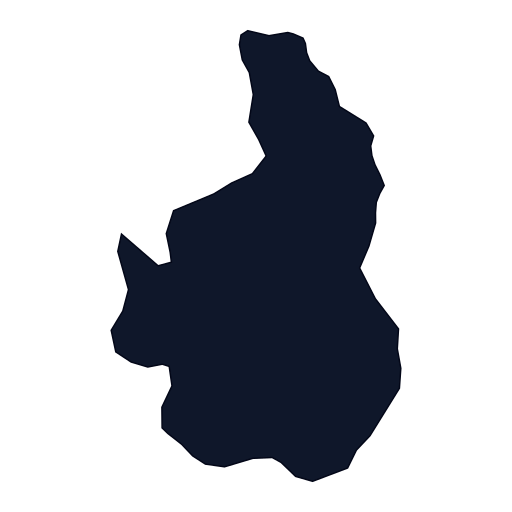 an SVG outline of Nevsehir
{"feature_id": "TUR-2288", "entity_name": "Nevsehir", "entity_type": "Province", "adm_level": 1, "iso_a3": "TUR", "parent_name": "Turkey", "parent_adm1": "", "projection": "orthographic", "projection_center": [34.679, 38.876], "detail": "fine", "context": "isolated", "style": "filled", "palette": "ink", "viewbox_px": 512, "rotation_deg": 0, "n_neighbors": 0, "source": "natural_earth", "source_scale": "10m", "svg_char_len": 992}
<svg xmlns="http://www.w3.org/2000/svg" viewBox="0 0 512 512"><path d="M312.6,481.3L295.6,476.4L281.1,462.4L272.2,457.5L252.9,458.3L224.5,466.8L205.4,464.1L192.7,455.9L181.7,444.3L167.9,433.5L162.1,427.9L161.9,407.2L172.0,385.9L169.2,366.4L162.3,364.2L147.8,367.0L131.1,362.0L115.8,351.9L111.2,330.3L122.8,311.1L128.5,289.6L117.8,251.4L121.5,234.1L158.1,265.8L171.4,262.2L170.2,252.4L166.3,233.6L173.6,210.7L213.7,194.0L231.8,182.9L252.4,173.7L266.2,156.0L258.7,139.5L248.9,122.2L253.3,94.6L249.3,72.5L242.3,59.9L239.4,44.7L241.0,35.0L247.7,30.7L269.0,35.7L287.8,32.5L293.2,33.9L303.0,38.1L305.4,43.5L306.6,52.7L309.7,60.8L318.3,71.1L328.7,76.6L335.2,89.6L339.4,106.5L366.0,123.0L373.6,135.9L370.7,145.9L371.9,155.6L374.9,164.6L380.0,174.9L384.2,185.5L379.8,193.4L376.3,202.3L375.5,212.7L375.6,223.0L368.9,246.1L359.6,268.0L375.3,298.7L398.5,328.9L397.3,348.8L400.8,368.3L399.4,388.3L370.0,435.7L356.4,450.1L347.6,468.0L312.6,481.3Z" fill="#0f172a" stroke="#020617" stroke-width="1.5"/></svg>